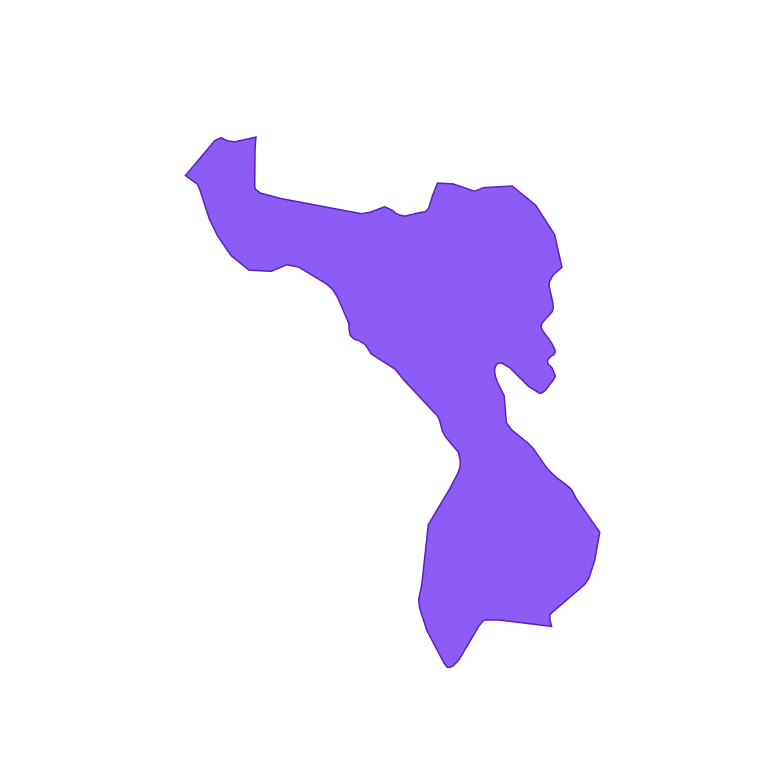 Quezaltenango, Robinson projection, rotated 294°
{"feature_id": "GTM-1945", "entity_name": "Quezaltenango", "entity_type": "Department", "adm_level": 1, "iso_a3": "GTM", "parent_name": "Guatemala", "parent_adm1": "", "projection": "robinson", "projection_center": [-91.716, 14.866], "detail": "fine", "context": "isolated", "style": "filled", "palette": "violet", "viewbox_px": 768, "rotation_deg": 294, "n_neighbors": 0, "source": "natural_earth", "source_scale": "10m", "svg_char_len": 1935}
<svg xmlns="http://www.w3.org/2000/svg" viewBox="0 0 768 768"><g transform="rotate(294 384 384)"><path d="M617.0,420.5L609.0,449.9L589.8,479.1L563.0,499.1L552.7,494.2L544.7,493.5L540.7,494.9L527.3,504.9L523.4,507.1L520.2,508.2L518.1,508.1L514.5,507.1L510.5,505.5L503.7,503.6L501.2,503.8L499.4,504.6L497.2,507.3L493.5,513.7L492.8,515.3L489.5,520.5L484.6,526.5L482.2,527.4L480.4,527.4L476.4,524.9L472.6,523.6L470.4,524.7L469.0,525.8L467.1,530.8L460.9,537.4L455.8,537.0L452.0,535.8L443.8,534.1L440.5,532.2L438.8,530.1L440.6,517.0L450.0,492.2L451.0,483.0L450.3,481.4L449.2,479.6L447.4,478.9L445.1,478.7L442.3,479.2L440.4,480.1L438.6,481.1L435.8,483.2L430.9,487.9L422.0,498.7L398.5,511.4L394.1,519.2L388.4,539.8L385.5,547.0L373.7,566.5L370.8,573.4L368.5,580.2L366.2,591.0L364.7,595.9L363.2,599.0L356.8,607.3L336.3,641.4L308.9,648.2L289.7,650.2L282.3,648.8L243.7,630.5L241.0,629.6L239.4,629.9L236.0,631.6L230.7,635.7L215.0,584.5L209.1,571.6L207.3,570.7L201.7,569.2L162.9,564.7L159.4,563.7L153.8,561.3L151.8,559.1L151.0,556.9L153.5,552.3L176.2,523.5L194.0,507.5L201.7,503.2L215.8,500.2L273.5,481.7L314.6,486.6L333.1,487.8L339.7,487.1L345.4,484.5L351.8,479.9L360.3,462.6L361.9,460.2L364.9,456.4L373.6,449.3L376.0,446.5L377.6,443.8L378.3,441.5L396.0,399.9L397.0,398.0L402.0,388.2L406.3,360.1L412.4,350.9L413.4,343.7L413.0,338.5L413.8,335.4L414.7,333.4L419.9,329.8L425.0,327.3L444.1,306.6L449.5,298.5L452.0,290.8L456.1,258.7L453.5,246.7L441.0,235.0L433.1,214.2L439.2,191.8L451.8,171.5L463.8,157.2L486.5,136.8L490.7,132.1L493.7,117.8L537.8,130.5L542.7,135.0L542.5,142.3L544.6,149.3L557.5,166.6L546.0,170.7L512.5,185.3L511.0,186.2L509.6,187.2L508.2,193.4L511.6,215.0L527.8,283.2L530.4,294.2L535.3,301.5L546.2,312.5L546.1,321.2L544.7,325.3L544.7,329.9L545.9,334.9L556.4,348.6L557.2,350.2L558.2,351.7L562.6,353.3L575.4,351.7L589.3,351.1L594.9,365.7L596.9,388.2L604.1,395.5L617.0,420.5Z" fill="#8b5cf6" stroke="#5b21b6" stroke-width="1.5"/></g></svg>